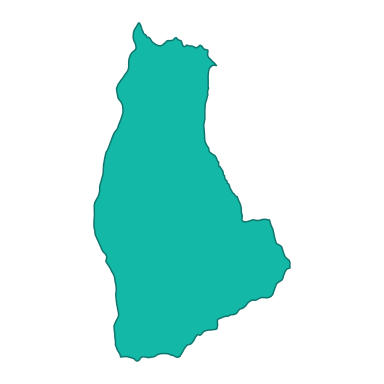 the district of Cabrera, Santander, Colombia
{"feature_id": "7082276B49425072231481", "entity_name": "Cabrera", "entity_type": "district", "adm_level": 2, "iso_a3": "COL", "parent_name": "Colombia", "parent_adm1": "Santander", "projection": "robinson", "projection_center": [-73.249, 6.569], "detail": "fine", "context": "isolated", "style": "filled", "palette": "teal", "viewbox_px": 384, "rotation_deg": 0, "n_neighbors": 0, "source": "geoboundaries", "source_scale": "gbopen_adm2", "svg_char_len": 5950}
<svg xmlns="http://www.w3.org/2000/svg" viewBox="0 0 384 384"><path d="M138.5,23.0L136.3,26.8L134.5,29.6L133.6,31.9L133.4,34.2L133.1,37.5L133.8,40.3L134.5,42.0L135.3,43.6L135.9,45.8L136.1,48.2L135.7,49.2L134.6,50.4L131.7,52.9L130.4,55.0L129.1,58.7L128.7,61.6L128.7,63.8L128.7,66.3L128.5,68.6L127.6,71.0L125.7,73.6L123.9,76.1L122.6,78.2L121.2,79.9L119.7,82.1L118.3,84.0L117.3,86.4L116.5,88.7L116.9,91.9L118.1,98.1L119.5,100.1L121.0,101.9L122.5,105.2L122.9,108.2L123.0,110.8L122.9,113.0L120.9,119.4L119.3,123.3L118.2,126.3L117.5,128.6L116.2,130.3L114.5,132.4L113.4,134.7L112.2,137.6L111.3,140.1L109.8,144.2L108.4,147.9L107.1,150.8L106.2,152.0L105.5,154.7L104.9,157.3L104.4,160.0L104.0,162.6L103.5,164.8L103.5,166.6L103.3,169.9L103.2,173.3L102.6,175.8L101.0,181.6L100.5,183.0L99.7,186.6L99.6,188.8L99.8,190.0L99.4,192.1L99.0,194.1L98.0,196.8L96.7,199.0L95.0,202.1L94.6,203.7L94.3,205.1L94.2,206.6L94.4,212.5L94.4,216.3L94.0,220.5L94.0,223.5L94.0,226.6L94.3,228.5L95.0,231.4L94.9,232.6L95.5,235.4L96.3,236.8L97.1,238.9L97.8,240.2L99.4,244.0L100.8,246.9L101.0,247.5L101.6,249.2L103.1,251.7L104.1,252.7L105.0,253.5L105.6,254.2L106.0,254.8L106.4,255.6L106.7,256.6L106.7,257.5L106.5,259.1L106.0,260.5L105.9,261.5L106.9,263.2L107.9,264.6L109.0,266.2L110.3,268.3L111.6,271.1L113.0,273.5L114.0,275.6L114.5,277.0L114.8,279.2L115.4,282.6L116.1,286.1L116.2,288.2L116.3,290.1L116.1,292.2L115.8,293.6L115.8,295.3L116.1,298.9L116.3,300.4L116.4,301.6L116.9,304.9L117.4,307.1L117.8,309.8L118.4,312.4L118.6,315.1L118.4,316.2L118.1,317.2L116.4,320.4L115.5,322.2L114.7,324.0L114.3,325.1L114.0,326.1L114.1,328.9L114.4,330.9L114.9,335.7L114.9,337.4L115.5,341.5L115.4,344.7L115.8,345.5L116.0,346.4L116.6,347.8L117.1,349.3L117.7,350.6L118.5,351.8L119.8,354.0L120.4,355.4L120.5,356.6L120.5,356.9L120.9,357.0L121.4,357.0L122.0,356.9L122.9,356.7L124.9,356.6L126.2,356.6L127.9,356.8L129.6,357.3L131.0,357.7L132.3,358.1L133.4,358.4L134.2,358.9L134.8,359.6L135.8,360.4L136.8,361.0L137.7,361.0L138.3,360.7L138.8,360.4L139.2,360.0L140.7,357.9L142.0,356.9L145.1,356.8L147.8,357.6L150.4,357.4L151.9,356.9L152.7,357.0L153.4,356.8L154.4,356.6L155.4,356.0L155.9,355.7L157.9,354.4L159.9,353.9L161.5,353.6L164.2,353.6L165.5,353.6L167.7,353.7L169.8,354.4L170.6,354.9L171.4,355.2L172.3,355.2L173.1,355.4L173.6,355.6L174.8,356.4L177.0,357.2L178.0,357.3L178.7,357.0L179.5,356.5L180.1,356.2L180.3,355.6L180.8,354.6L181.4,353.9L182.0,353.0L183.4,350.3L184.8,347.9L185.6,346.8L186.9,345.3L187.7,344.8L188.6,344.7L190.0,344.2L190.9,343.9L192.0,342.9L194.0,340.1L194.6,338.7L195.3,337.4L196.5,335.8L197.6,334.7L198.2,334.7L199.7,335.2L200.3,335.1L201.4,334.3L202.5,332.7L204.2,331.3L205.5,330.7L207.0,330.4L207.8,330.1L209.7,330.0L211.2,329.9L215.2,329.4L216.6,329.0L217.0,328.5L217.1,327.6L217.3,326.8L217.6,325.3L217.5,323.7L217.4,322.1L217.4,319.8L218.0,319.2L221.6,317.7L223.6,316.8L226.4,316.2L228.4,316.1L230.6,314.8L233.1,314.6L234.5,314.3L235.6,313.9L237.2,312.6L238.1,310.9L238.8,310.1L240.0,309.0L241.4,308.7L243.0,308.1L244.6,306.8L245.7,305.8L247.3,303.6L248.3,302.4L249.9,301.3L251.3,300.4L252.4,300.2L255.5,300.2L257.6,299.4L258.7,298.6L260.4,297.8L262.2,297.5L264.3,297.6L266.9,297.8L269.1,297.4L271.1,296.3L272.7,294.5L274.2,290.0L275.2,287.2L275.7,286.1L276.2,284.5L277.1,283.3L278.7,282.0L280.3,281.0L281.1,280.6L282.0,279.9L282.7,278.7L283.5,275.8L284.0,274.3L284.8,272.3L285.6,270.9L286.0,270.0L286.9,269.1L288.6,268.4L290.0,267.9L289.8,264.9L290.0,262.7L289.3,260.6L288.0,259.4L286.6,258.3L285.1,256.9L284.2,254.7L283.3,252.2L282.5,249.5L281.7,247.0L280.7,245.9L279.1,244.9L277.4,244.2L276.2,242.9L275.0,239.1L274.3,236.1L273.3,231.3L272.8,229.1L271.0,225.2L269.4,219.9L268.2,220.0L266.3,219.4L264.3,219.3L262.6,219.5L258.8,220.5L256.0,220.4L253.5,219.8L252.1,220.0L250.6,220.6L248.6,221.2L246.7,221.8L244.6,221.8L243.4,221.6L242.6,220.8L241.9,220.0L241.8,219.4L242.0,218.7L242.2,216.7L242.2,215.5L242.0,214.4L241.6,213.5L241.3,213.0L241.3,212.3L241.4,211.2L241.1,207.2L240.7,205.6L240.0,203.5L238.8,201.0L238.2,199.4L237.2,196.7L235.6,196.2L234.2,194.0L233.3,193.4L232.4,192.4L230.5,188.9L230.0,187.8L229.2,185.2L228.5,183.8L227.4,183.2L227.0,182.2L226.9,181.0L226.6,180.4L226.1,180.2L225.2,179.4L224.8,177.8L224.6,176.6L224.5,175.7L223.7,175.0L223.3,174.2L223.3,173.4L223.1,172.3L222.9,171.3L221.8,169.5L221.2,168.7L220.6,167.7L220.2,167.0L219.9,166.5L218.9,166.5L218.5,164.4L218.7,162.6L218.6,162.0L217.9,161.6L217.1,160.2L216.2,157.6L215.1,156.0L214.3,155.1L213.4,154.8L212.3,154.1L210.0,152.3L209.1,151.4L209.0,150.0L208.6,148.1L206.6,145.0L205.0,141.6L204.7,138.9L204.3,131.8L203.7,125.2L204.9,118.6L204.8,111.5L205.1,106.2L205.3,103.6L206.5,100.0L207.3,96.5L207.9,94.8L207.5,92.6L207.8,90.4L208.5,88.5L208.4,87.5L208.1,86.0L208.2,84.1L208.2,80.9L208.1,76.1L208.6,70.9L209.1,69.1L209.8,67.7L211.9,65.8L213.6,65.2L214.7,65.2L216.1,65.6L216.3,65.4L215.0,63.8L213.4,62.2L211.9,60.9L211.3,60.2L210.6,59.3L209.7,58.7L209.1,58.1L208.7,57.6L208.1,56.6L207.7,55.3L207.5,54.1L207.8,53.0L207.8,51.8L208.0,51.0L207.8,50.3L207.4,50.0L206.4,49.7L205.5,49.5L204.6,49.4L203.9,48.9L203.2,48.2L202.8,47.5L201.8,46.2L201.2,45.8L200.1,45.2L198.9,46.1L198.4,46.7L197.3,47.4L196.4,47.7L195.7,47.8L195.1,47.4L193.8,46.9L192.7,46.3L191.9,46.1L190.9,46.0L189.2,45.9L187.9,45.4L186.8,45.1L186.1,45.6L185.6,46.1L184.8,46.6L183.8,46.6L182.6,45.2L182.4,44.3L182.0,43.5L181.8,42.4L181.3,41.2L180.7,40.6L180.1,40.4L179.3,40.3L177.8,39.5L177.1,38.7L176.7,38.0L176.2,37.7L175.5,37.8L174.5,38.4L173.8,39.3L173.3,39.9L172.5,40.3L171.5,40.4L170.7,40.6L170.0,40.7L168.8,40.7L168.2,40.5L167.2,40.8L166.2,41.6L165.6,42.5L164.2,43.5L163.5,44.2L162.3,45.1L161.2,45.7L159.8,45.8L158.3,45.6L157.4,45.2L155.9,44.6L153.7,43.1L153.0,42.7L152.2,41.8L151.4,40.8L150.7,39.6L150.1,38.5L149.3,37.7L148.5,37.3L147.8,37.2L147.0,37.1L146.6,36.6L146.3,36.1L146.0,35.3L145.5,34.8L144.1,34.0L143.5,33.2L142.9,31.4L141.8,29.2L141.3,27.0L140.3,24.6L139.5,23.1L138.5,23.0Z" fill="#14b8a6" stroke="#0f766e" stroke-width="1.5"/></svg>